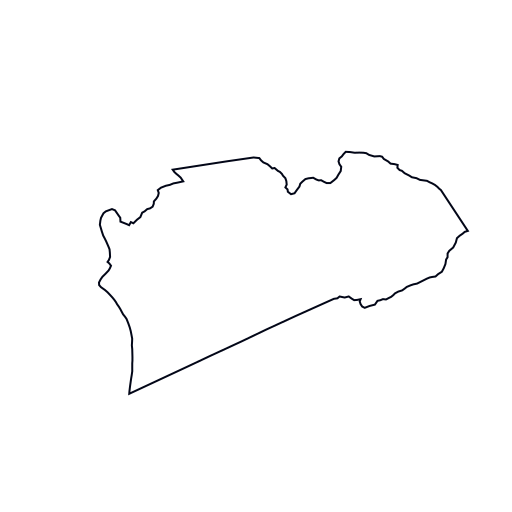 outline of Paulino Neves, Maranhão, Brazil, rotated 231°
{"feature_id": "56859067B76832031221726", "entity_name": "Paulino Neves", "entity_type": "district", "adm_level": 2, "iso_a3": "BRA", "parent_name": "Brazil", "parent_adm1": "Maranhão", "projection": "robinson", "projection_center": [-42.596, -2.843], "detail": "fine", "context": "isolated", "style": "outline", "palette": "ink", "viewbox_px": 512, "rotation_deg": 231, "n_neighbors": 0, "source": "geoboundaries", "source_scale": "gbopen_adm2", "svg_char_len": 2878}
<svg xmlns="http://www.w3.org/2000/svg" viewBox="0 0 512 512"><g transform="rotate(231 256 256)"><path d="M142.2,436.4L190.9,441.2L193.1,440.7L195.5,440.5L198.6,439.8L201.6,438.6L204.1,437.3L206.8,436.2L212.0,431.3L215.5,429.7L219.1,426.7L222.1,425.7L226.8,423.6L230.4,423.0L232.4,421.7L235.6,421.4L237.6,423.4L240.3,421.4L243.1,418.7L246.3,418.2L251.0,416.4L253.8,416.5L255.7,415.1L258.9,410.6L263.4,407.5L266.5,406.4L268.7,404.4L271.3,401.4L274.2,397.6L277.5,394.6L280.5,391.3L280.1,388.1L279.4,385.4L279.4,382.2L277.6,379.7L274.8,378.6L271.7,378.4L268.7,375.3L267.4,371.3L266.0,367.8L265.8,364.6L265.9,359.7L268.2,356.8L270.9,355.5L273.9,354.3L275.3,352.3L277.5,351.0L280.8,349.7L283.4,345.6L284.7,342.8L284.6,338.9L284.3,335.9L282.6,333.4L281.6,329.3L280.5,325.4L282.0,322.1L285.9,321.2L287.9,322.4L290.8,322.0L292.2,324.8L295.1,326.7L298.0,327.8L301.4,327.5L303.5,327.8L306.3,327.5L308.3,326.6L312.7,325.8L313.8,323.7L317.0,323.3L320.1,322.7L324.1,320.6L327.2,320.1L330.0,320.2L334.1,316.1L347.7,293.3L375.5,245.6L372.7,245.4L369.9,245.8L367.6,246.3L364.3,246.8L359.8,246.4L362.5,241.0L364.4,237.5L365.5,233.8L367.3,230.2L368.9,225.2L369.0,221.1L366.2,220.1L364.3,217.6L363.3,214.7L362.7,211.0L360.9,209.4L359.4,206.7L359.7,203.6L360.9,201.0L360.8,197.5L361.3,194.8L359.0,190.6L359.1,186.4L358.6,181.3L361.1,180.1L359.8,176.8L362.2,175.6L365.4,173.8L368.0,172.3L371.2,174.6L373.7,174.7L380.2,175.2L383.1,173.6L385.2,167.4L385.2,164.4L383.2,159.6L381.5,157.4L378.5,154.3L372.0,151.6L368.0,150.1L365.4,149.6L361.8,148.8L358.9,148.0L356.0,147.2L353.4,146.4L350.8,144.7L347.1,142.0L345.5,139.2L344.8,136.9L342.7,137.3L339.7,137.2L338.4,134.7L337.5,132.3L336.9,127.8L336.5,123.6L335.6,120.5L334.2,117.3L332.1,115.8L329.4,115.9L327.2,116.5L324.7,117.2L321.3,117.8L317.4,118.1L314.1,118.3L311.1,118.3L308.2,118.1L306.0,117.7L302.8,117.5L299.9,117.1L297.5,116.6L294.3,116.0L291.4,116.0L288.6,115.8L283.8,114.3L279.9,112.9L276.5,111.4L272.9,109.5L269.6,107.7L267.2,105.6L264.7,103.3L261.5,101.2L257.6,98.2L255.0,96.2L252.3,94.0L250.5,92.3L247.3,89.7L244.3,87.3L241.7,84.5L239.3,81.8L236.7,79.0L233.9,76.0L230.5,72.5L228.7,70.8L212.7,135.0L207.1,157.9L200.2,185.2L198.8,190.7L192.3,218.0L185.9,243.2L184.3,249.5L173.7,289.6L171.9,292.6L171.9,295.5L169.7,297.3L167.9,298.8L166.2,302.6L162.8,303.5L159.9,304.5L158.2,307.0L156.6,310.1L155.4,308.0L152.8,307.0L149.9,306.7L147.3,307.9L145.7,312.8L143.4,317.8L144.7,322.2L143.4,324.8L142.6,327.5L140.4,329.7L139.8,332.8L139.2,335.3L139.2,338.1L139.5,340.5L138.8,344.2L137.3,347.9L137.1,351.1L137.1,353.7L135.9,357.8L134.9,360.5L133.2,363.8L131.6,371.1L130.9,374.4L130.0,377.5L128.8,379.8L127.1,382.6L127.3,386.2L126.8,390.5L128.3,394.1L130.5,398.1L133.6,401.5L134.5,404.1L137.4,406.5L138.4,409.5L138.5,414.6L140.7,419.7L143.4,423.4L143.6,427.0L143.3,430.6L143.4,433.4L142.2,436.4Z" fill="none" stroke="#020617" stroke-width="2"/></g></svg>